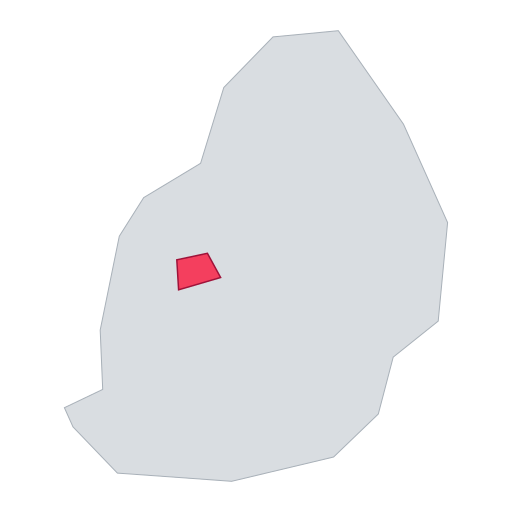 where Quatre Bornes sits in Mauritius
{"feature_id": "MUS-5191", "entity_name": "Quatre Bornes", "entity_type": "City", "adm_level": 1, "iso_a3": "MUS", "parent_name": "Mauritius", "parent_adm1": "", "projection": "albers", "projection_center": [57.476, -20.27], "detail": "fine", "context": "in_parent", "style": "filled", "palette": "rose", "viewbox_px": 512, "rotation_deg": 0, "n_neighbors": 0, "source": "natural_earth", "source_scale": "10m", "svg_char_len": 477}
<svg xmlns="http://www.w3.org/2000/svg" viewBox="0 0 512 512"><path d="M333.6,457.0L231.6,481.3L117.4,473.1L73.0,426.9L64.4,407.7L102.7,389.4L100.2,330.1L119.3,236.2L143.7,197.6L200.6,163.3L223.8,87.5L273.0,36.9L338.3,30.7L403.5,124.2L447.6,222.6L438.2,321.1L393.2,357.1L378.3,414.0L333.6,457.0Z" fill="#d9dde1" stroke="#a8b0b8" stroke-width="1"/><path d="M178.6,289.8L176.8,259.8L207.4,253.3L220.6,277.5L178.6,289.8Z" fill="#f43f5e" stroke="#9f1239" stroke-width="1.5"/></svg>